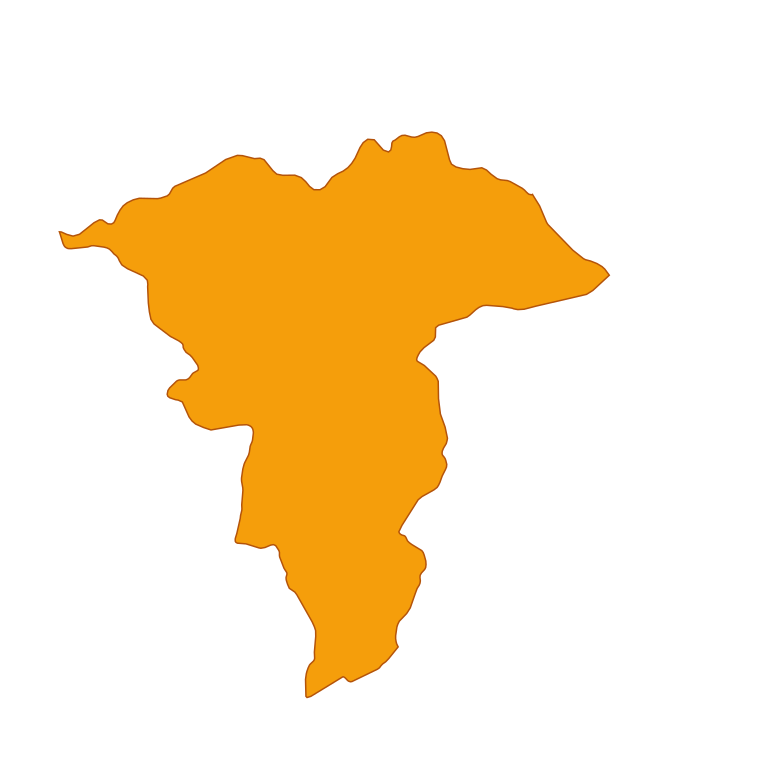 an SVG outline of Balkh, rotated 339°
{"feature_id": "AFG-1744", "entity_name": "Balkh", "entity_type": "Province", "adm_level": 1, "iso_a3": "AFG", "parent_name": "Afghanistan", "parent_adm1": "", "projection": "robinson", "projection_center": [66.961, 36.526], "detail": "fine", "context": "isolated", "style": "filled", "palette": "amber", "viewbox_px": 768, "rotation_deg": 339, "n_neighbors": 0, "source": "natural_earth", "source_scale": "10m", "svg_char_len": 4563}
<svg xmlns="http://www.w3.org/2000/svg" viewBox="0 0 768 768"><g transform="rotate(339 384 384)"><path d="M527.7,178.6L525.5,198.4L525.8,203.0L529.0,207.2L534.8,211.3L541.2,214.5L552.8,217.2L556.4,221.0L559.1,226.5L563.2,232.9L566.0,235.2L572.1,238.3L574.4,240.3L583.2,250.8L584.7,253.4L585.8,256.1L587.1,258.6L589.4,260.2L590.6,260.2L590.6,260.6L593.1,273.5L593.7,291.3L594.2,293.9L608.2,326.7L615.1,338.4L616.7,340.2L620.9,343.2L626.0,347.9L629.6,352.5L631.3,355.9L633.3,363.2L612.5,371.5L605.2,372.9L554.0,365.8L541.6,364.4L535.6,362.5L532.2,360.4L530.7,359.1L522.7,354.3L508.0,347.3L504.4,346.3L500.2,346.5L496.3,347.5L488.9,350.4L485.4,351.3L456.1,348.7L452.4,349.9L448.8,358.5L446.1,361.0L434.4,364.4L429.2,366.9L426.7,368.9L424.4,371.1L423.6,372.3L423.2,373.1L423.1,373.9L423.3,374.6L423.8,375.4L428.3,381.2L435.1,395.2L435.5,397.6L435.6,400.9L429.6,417.3L425.9,432.2L425.6,446.1L423.8,457.4L422.6,459.4L420.8,461.9L416.7,465.1L414.4,467.5L413.4,469.4L413.1,470.9L413.3,471.9L413.8,473.3L414.3,475.4L414.3,477.4L413.8,481.5L412.6,483.9L410.8,485.8L405.4,490.7L401.1,495.7L398.6,498.1L396.5,499.6L392.8,500.7L379.2,502.7L374.4,504.3L350.1,522.4L344.9,527.3L344.9,527.9L344.9,528.5L345.2,529.5L345.8,530.5L346.7,531.5L348.3,532.7L348.9,533.3L349.3,534.2L349.5,535.4L349.7,538.7L349.9,539.3L350.8,541.3L352.5,543.9L359.6,553.1L360.2,555.4L360.2,558.2L359.6,564.2L358.5,567.7L357.1,570.3L355.5,571.7L351.3,573.8L349.2,575.5L348.2,577.6L347.4,580.8L346.2,582.9L344.8,584.4L341.6,586.8L338.1,590.8L328.3,602.4L322.9,606.4L313.3,610.9L310.9,613.1L309.0,615.4L304.7,623.1L303.6,625.9L303.0,628.6L302.7,631.1L303.0,634.5L290.1,642.0L286.1,643.9L282.3,644.9L280.1,646.0L278.1,647.3L275.8,647.9L247.5,650.3L246.0,650.0L244.6,648.9L243.8,647.8L242.6,644.8L242.2,644.1L241.7,643.4L241.3,643.0L241.0,642.7L240.6,642.6L203.7,649.4L199.8,649.1L199.2,647.6L204.9,631.6L207.6,626.7L209.1,624.6L211.5,621.8L213.7,619.7L214.9,619.0L218.6,617.5L219.6,616.9L220.3,616.2L220.7,615.6L221.0,615.1L222.9,609.4L229.8,595.2L231.8,589.7L232.0,585.7L231.7,580.3L227.1,549.5L226.2,546.3L222.4,540.8L222.2,536.6L222.4,532.8L222.6,531.5L223.0,530.2L223.3,529.4L225.1,527.0L225.4,526.3L225.6,525.4L225.5,524.5L224.9,521.7L224.6,519.9L224.6,508.0L225.0,506.4L226.0,503.9L226.2,502.5L226.0,500.9L225.1,496.5L224.3,495.3L223.1,494.3L220.5,493.8L214.3,494.0L210.2,493.2L208.5,492.2L197.9,483.8L190.0,480.0L189.0,478.7L188.8,477.6L189.3,476.0L189.9,474.8L193.1,470.7L201.6,458.0L203.0,455.3L205.9,451.1L206.6,449.7L207.9,445.8L214.1,432.9L214.9,430.5L216.2,423.8L216.7,422.2L217.3,420.7L221.8,412.7L224.7,408.7L225.9,407.4L232.0,401.9L233.8,399.5L236.7,394.3L237.7,393.1L240.0,390.8L241.0,389.5L244.2,383.5L244.8,382.1L245.2,380.1L245.3,379.1L245.2,377.8L244.6,376.1L243.6,374.8L242.5,373.7L241.2,372.8L233.7,370.3L206.0,364.9L199.9,359.9L193.8,353.9L191.5,349.7L190.2,344.9L189.3,328.5L186.1,325.3L183.7,323.9L179.1,320.1L177.8,318.0L177.9,315.9L180.0,312.6L182.5,310.8L191.3,307.0L192.4,306.8L193.6,306.8L194.8,307.0L200.2,309.1L201.5,309.2L203.1,309.0L204.8,308.4L209.1,305.6L210.3,305.3L214.4,304.7L215.7,304.2L216.5,302.5L216.8,299.8L214.5,290.5L213.2,287.4L210.6,283.6L209.8,280.3L209.6,278.1L210.0,276.8L210.3,275.7L210.3,274.4L209.4,272.5L207.8,270.1L201.6,263.0L194.6,251.7L190.8,245.5L189.6,240.1L190.8,232.7L193.0,224.0L198.2,208.5L198.8,207.2L199.1,206.7L199.8,204.1L200.2,202.3L198.0,196.9L185.9,184.5L182.5,179.7L181.9,178.7L181.1,174.1L181.0,171.6L180.8,170.4L180.3,168.9L179.7,167.7L178.5,165.8L177.5,162.9L176.1,159.8L174.2,157.7L171.7,155.9L162.7,150.9L160.4,150.1L156.5,149.9L140.6,145.6L137.9,144.5L137.2,144.0L136.6,143.4L135.7,142.3L135.1,141.2L134.8,139.3L134.7,137.6L135.4,127.7L135.5,125.6L137.3,126.5L141.5,130.7L146.7,134.5L153.4,135.1L171.1,129.5L177.2,128.8L179.8,130.0L183.6,135.5L186.8,137.0L189.5,136.6L191.6,134.9L195.6,130.7L200.1,126.9L204.4,124.2L209.4,122.7L215.9,122.2L222.1,122.9L239.0,129.8L242.2,130.4L249.1,130.7L251.8,129.7L256.9,125.5L259.6,124.5L293.1,123.1L316.6,117.7L329.0,118.0L333.7,120.1L343.9,127.2L349.3,128.8L352.4,131.6L356.7,145.0L359.1,149.7L364.3,152.9L375.6,157.1L380.8,161.7L383.4,167.0L385.3,172.8L388.2,177.5L393.9,179.7L399.7,178.7L409.4,172.5L416.0,171.1L422.2,170.6L427.8,169.1L432.9,166.5L438.0,162.8L446.4,154.6L451.1,151.2L456.5,149.7L462.4,152.5L467.2,165.4L471.4,169.0L474.2,168.0L476.2,165.0L477.7,161.9L479.3,160.5L482.0,160.2L486.9,158.7L489.8,158.4L492.8,159.3L498.4,163.4L501.2,164.7L504.4,165.1L513.6,164.7L518.9,166.0L523.5,168.7L526.5,172.8L527.7,178.6Z" fill="#f59e0b" stroke="#b45309" stroke-width="1.5"/></g></svg>